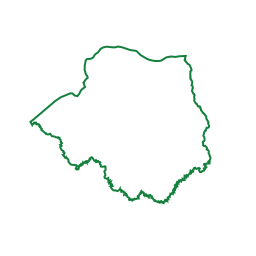 Bugesera, Eastern, Rwanda, rotated 153°
{"feature_id": "39286606B3134655885223", "entity_name": "Bugesera", "entity_type": "district", "adm_level": 2, "iso_a3": "RWA", "parent_name": "Rwanda", "parent_adm1": "Eastern", "projection": "mercator", "projection_center": [30.152, -2.233], "detail": "fine", "context": "isolated", "style": "outline", "palette": "green", "viewbox_px": 256, "rotation_deg": 153, "n_neighbors": 0, "source": "geoboundaries", "source_scale": "gbopen_adm2", "svg_char_len": 5751}
<svg xmlns="http://www.w3.org/2000/svg" viewBox="0 0 256 256"><g transform="rotate(153 128 128)"><path d="M68.3,63.6L67.8,64.7L68.0,66.0L67.4,67.3L67.7,68.9L66.8,70.1L66.5,71.4L66.6,71.9L67.4,72.7L67.6,73.3L66.7,74.2L66.8,75.6L67.4,77.1L68.0,77.1L68.5,77.4L68.9,78.8L68.2,79.7L67.8,81.4L67.4,81.8L66.2,81.7L65.0,82.9L64.2,85.1L64.4,86.8L61.8,89.9L61.2,90.0L60.6,90.7L60.0,90.4L57.9,92.5L57.4,92.1L55.9,91.9L54.8,92.9L54.5,95.8L53.7,96.5L53.9,100.9L53.0,103.0L53.5,104.3L53.4,105.4L53.8,105.9L54.0,107.3L54.5,107.6L54.4,109.3L54.9,110.5L54.4,111.7L54.4,112.5L54.7,112.8L54.1,113.8L54.3,114.8L55.4,115.1L55.9,115.5L55.7,118.0L56.5,119.1L56.3,119.7L56.7,120.9L56.5,122.0L56.3,123.0L55.5,123.7L55.0,125.7L53.8,126.9L54.0,127.4L53.7,128.3L54.2,128.8L54.2,132.1L53.3,132.7L52.9,133.6L52.1,134.1L51.5,135.7L52.0,137.2L50.8,138.2L49.6,140.5L49.9,141.3L49.7,142.2L50.1,142.9L49.5,144.3L49.7,144.7L48.7,145.7L48.4,147.3L47.1,149.1L47.0,149.9L45.9,150.5L45.4,150.4L44.9,151.1L44.5,154.9L44.7,156.7L45.9,158.4L45.9,159.4L46.3,160.4L46.2,161.2L46.7,162.2L46.6,163.1L45.8,163.4L45.4,164.4L43.9,166.0L49.4,168.5L53.7,169.9L56.9,172.0L59.5,172.9L61.8,173.5L68.0,173.0L69.8,173.6L73.6,175.5L77.4,178.4L79.6,180.8L83.7,187.3L85.3,192.2L86.0,193.2L90.8,196.6L96.5,202.5L100.0,205.2L102.7,205.6L105.1,206.9L110.4,210.3L113.7,211.1L116.6,210.9L120.3,209.0L123.4,208.6L124.6,208.2L127.0,206.6L129.8,206.6L133.3,208.0L135.0,207.4L138.3,203.1L140.2,199.6L141.2,194.8L140.7,192.9L141.1,191.0L143.7,190.4L147.2,188.5L147.0,187.9L147.7,185.2L147.7,184.0L151.9,183.3L153.7,182.3L156.0,180.5L158.7,179.4L161.0,181.4L161.1,182.4L161.5,182.9L161.7,183.9L163.7,185.1L173.9,185.9L180.5,185.1L207.8,178.6L212.1,177.8L212.0,174.4L211.5,174.9L211.0,174.5L210.1,174.9L209.5,174.6L209.2,175.4L208.9,175.3L208.6,174.7L208.1,174.7L208.0,173.7L207.5,173.9L207.6,173.0L207.4,172.4L206.5,172.4L205.9,172.0L205.6,171.2L206.1,170.2L205.6,170.1L205.3,169.3L206.0,169.1L206.1,168.6L205.2,166.5L206.0,165.9L206.0,165.2L205.3,164.4L204.3,161.4L203.5,160.6L203.7,159.7L201.9,158.4L200.5,158.4L199.9,158.1L199.5,155.2L197.3,153.8L196.6,152.6L195.4,151.9L195.0,151.0L194.3,151.3L193.4,150.3L194.0,149.2L193.4,148.1L193.8,147.3L193.8,146.5L194.3,146.0L193.7,145.0L193.8,144.6L194.4,144.8L195.1,143.6L196.0,143.7L195.4,142.3L195.7,142.3L196.1,142.9L197.1,141.7L197.2,138.6L196.1,136.9L196.0,135.9L196.5,135.8L195.9,134.5L197.3,133.3L198.2,133.5L197.5,129.9L196.5,130.3L196.6,129.6L196.1,129.2L195.9,127.8L195.6,127.5L195.6,126.3L196.4,125.2L195.7,121.6L193.9,120.1L192.7,119.7L192.3,119.0L191.2,118.6L190.8,118.0L190.9,117.2L193.0,115.6L192.6,114.6L192.5,114.4L191.7,114.7L191.3,113.8L190.9,113.8L189.6,115.1L189.1,116.5L187.7,116.8L187.3,115.8L187.0,115.7L186.3,116.2L185.9,117.3L185.3,117.0L185.7,116.3L185.0,116.0L183.8,117.6L183.7,117.1L182.6,117.2L182.2,116.4L181.4,116.2L181.2,116.2L181.0,117.4L180.8,117.4L180.5,116.0L180.0,117.2L179.6,117.3L178.9,116.5L179.6,116.1L179.3,115.8L176.9,116.8L176.7,117.7L176.2,117.9L175.6,117.4L175.3,117.9L175.4,118.3L173.6,118.4L173.1,117.1L173.0,114.6L172.8,114.2L171.8,114.0L172.3,113.6L172.2,112.8L171.4,113.1L170.5,112.6L171.5,112.3L171.5,112.0L169.7,111.5L169.0,110.5L168.3,110.1L168.3,109.7L169.2,109.2L169.4,107.9L169.1,107.3L169.7,106.0L168.8,105.3L166.9,104.6L166.1,103.7L165.8,104.1L165.6,103.9L167.0,100.8L168.7,100.2L169.5,96.3L171.0,95.4L171.4,94.1L170.0,92.4L168.3,92.4L169.7,89.4L168.4,89.4L169.8,88.1L170.0,87.2L168.3,87.5L169.0,86.9L169.0,85.3L168.6,85.0L168.0,85.3L167.9,84.9L168.1,84.3L169.8,84.1L168.8,83.3L170.1,83.3L170.1,81.5L169.3,79.0L167.1,77.9L166.2,76.6L163.8,76.7L162.9,77.3L163.1,76.8L162.1,75.9L161.7,74.7L162.7,75.0L163.0,74.3L160.8,73.3L161.0,72.6L160.3,72.2L160.2,71.6L160.5,71.0L161.2,70.8L161.6,70.3L159.9,70.4L159.5,70.2L159.5,69.4L160.2,68.7L159.5,68.0L159.8,67.0L158.5,64.8L158.8,64.3L159.6,63.8L159.6,63.3L159.2,63.2L158.6,64.0L158.3,63.9L157.3,61.5L157.0,61.3L156.7,61.4L156.4,62.4L154.9,61.4L154.5,61.4L154.5,62.0L154.3,62.1L153.1,61.1L152.3,61.1L150.4,60.3L150.2,60.7L150.5,62.5L150.3,62.8L149.9,63.0L149.1,62.6L148.0,63.7L146.9,63.6L146.6,64.4L145.9,64.1L145.4,65.2L144.7,65.8L144.2,63.8L143.5,63.7L143.3,63.3L144.2,61.1L143.0,61.0L143.4,60.0L141.8,60.4L141.6,59.7L142.1,58.9L141.0,58.6L141.3,56.9L141.1,56.6L139.5,58.5L138.5,58.0L138.6,57.4L137.7,56.1L137.8,55.8L138.9,55.2L137.9,54.3L137.7,52.4L137.1,52.0L137.5,51.1L137.3,50.7L136.5,50.5L135.6,49.0L134.5,49.0L134.6,48.2L134.0,48.0L133.8,47.1L133.0,46.9L132.9,47.9L132.6,48.1L131.5,47.7L131.3,45.9L130.4,44.9L130.0,45.3L130.1,46.2L128.0,45.7L127.9,47.0L127.5,47.2L126.8,46.9L126.2,45.4L125.9,46.5L124.4,46.0L124.3,47.9L123.5,48.1L122.3,47.4L122.0,47.7L121.8,48.6L121.0,48.9L120.1,50.1L119.6,49.5L118.2,50.1L117.9,49.0L117.0,50.0L116.0,49.5L115.9,49.9L116.4,51.0L116.2,51.2L115.0,50.9L116.1,51.9L116.0,52.2L115.0,52.8L114.6,51.3L114.3,51.3L113.4,52.6L112.7,52.9L113.2,53.6L112.3,54.9L111.6,53.9L110.5,53.6L110.2,55.0L111.4,55.9L109.0,56.3L108.8,56.7L109.2,57.2L108.6,57.7L108.3,57.4L108.5,56.1L108.3,55.7L107.8,56.8L106.5,57.9L106.4,57.0L105.4,57.5L105.4,56.8L105.0,56.3L104.5,57.3L103.2,56.8L102.6,57.8L102.4,57.3L102.4,56.4L101.6,56.1L101.7,56.9L100.7,56.8L100.3,58.3L99.4,59.6L98.9,58.2L98.6,59.1L97.4,59.4L97.7,57.9L96.9,57.5L95.7,58.8L94.1,59.1L93.5,59.7L92.8,58.8L92.5,58.8L91.9,59.4L92.2,60.7L91.6,61.6L91.0,60.6L91.1,59.7L89.8,59.6L89.9,60.7L89.5,61.1L89.0,61.3L88.2,61.2L87.7,62.1L87.2,62.4L86.2,62.1L85.7,60.5L83.0,60.2L82.5,59.6L82.4,59.3L83.2,59.0L83.9,58.0L83.9,56.1L82.5,55.5L81.7,55.9L79.4,55.6L78.3,56.4L78.9,57.4L78.8,57.6L77.5,57.0L76.0,57.5L76.6,58.6L75.3,60.1L75.6,60.4L76.8,60.1L76.7,61.1L76.4,61.4L74.9,60.7L73.8,60.6L71.5,59.4L71.2,60.3L71.7,61.6L71.2,61.8L70.4,61.1L69.7,62.3L68.3,63.6Z" fill="none" stroke="#15803d" stroke-width="2"/></g></svg>